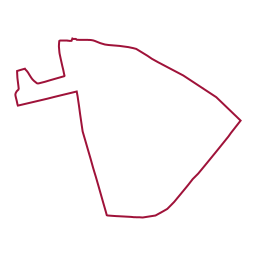 Ismailiyya 3, Al Isma`iliyah, Egypt
{"feature_id": "37247803B16335235875864", "entity_name": "Ismailiyya 3", "entity_type": "district", "adm_level": 2, "iso_a3": "EGY", "parent_name": "Egypt", "parent_adm1": "Al Isma`iliyah", "projection": "equal_earth", "projection_center": [32.273, 30.612], "detail": "fine", "context": "isolated", "style": "outline", "palette": "rose", "viewbox_px": 256, "rotation_deg": 0, "n_neighbors": 0, "source": "geoboundaries", "source_scale": "gbopen_adm2", "svg_char_len": 1645}
<svg xmlns="http://www.w3.org/2000/svg" viewBox="0 0 256 256"><path d="M240.6,120.6L240.3,120.3L239.9,119.9L216.3,97.2L183.3,75.5L158.2,62.3L151.9,58.8L147.5,55.8L140.3,51.4L136.2,48.9L133.1,48.1L128.3,47.1L119.4,45.9L108.5,45.0L104.9,44.5L100.2,43.1L94.7,40.9L93.1,40.4L90.8,40.0L88.0,39.9L79.6,39.9L78.4,39.8L77.3,39.8L76.6,39.7L76.3,39.3L76.1,39.1L75.5,38.9L73.5,39.0L72.4,38.5L71.5,40.8L69.5,40.9L68.3,40.7L67.5,40.7L67.2,40.5L60.7,40.5L60.3,40.5L59.9,40.6L59.3,41.0L59.3,41.3L59.2,41.6L59.0,44.2L58.9,46.4L59.1,48.8L59.4,52.2L59.6,53.7L60.7,58.8L62.3,66.0L63.3,70.1L63.9,73.1L64.5,75.8L64.3,76.0L64.2,76.2L58.6,77.8L50.2,80.2L44.9,81.8L38.6,83.4L37.5,83.4L37.1,83.3L36.7,83.1L36.0,82.5L34.0,80.9L32.6,79.5L31.8,78.5L30.7,76.9L29.2,74.5L28.0,72.5L26.6,70.7L25.3,69.4L25.1,69.0L24.9,68.7L19.7,70.2L17.1,71.0L17.1,71.6L17.1,72.1L17.4,77.9L18.4,86.0L18.7,88.7L18.5,89.2L18.4,89.6L17.8,90.2L16.7,91.3L15.8,92.9L15.4,94.2L15.4,94.9L15.5,95.8L16.0,98.0L16.7,100.7L17.5,104.5L17.7,105.1L17.9,105.6L32.0,102.3L47.3,98.7L54.8,96.8L62.6,94.9L70.1,93.1L76.7,91.5L77.6,96.3L78.2,100.5L78.9,105.2L79.3,108.1L80.1,114.1L81.4,123.0L82.4,129.8L82.6,131.2L82.7,131.6L82.8,132.0L85.4,140.9L88.0,149.9L90.6,158.8L93.1,167.8L94.3,171.8L95.8,176.7L98.4,185.7L100.9,194.5L103.4,203.3L105.8,211.6L106.6,214.6L106.8,215.2L107.1,215.3L107.3,215.4L107.8,215.5L111.7,215.8L116.1,216.1L120.1,216.3L131.1,216.9L133.9,217.2L140.0,217.3L142.7,217.5L155.5,215.5L163.3,211.2L167.3,208.9L174.1,202.0L186.0,187.6L188.6,184.4L192.7,179.1L198.3,173.5L199.2,172.4L205.3,165.0L216.9,150.8L228.5,136.4L230.9,133.0L240.6,120.6Z" fill="none" stroke="#9f1239" stroke-width="2"/></svg>